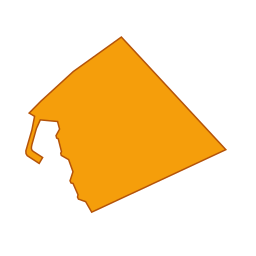 7, Ad Dawhah, Qatar, rotated 189°
{"feature_id": "91078587B12539996095468", "entity_name": "7", "entity_type": "district", "adm_level": 2, "iso_a3": "QAT", "parent_name": "Qatar", "parent_adm1": "Ad Dawhah", "projection": "natural_earth1", "projection_center": [51.551, 25.287], "detail": "fine", "context": "isolated", "style": "filled", "palette": "amber", "viewbox_px": 256, "rotation_deg": 189, "n_neighbors": 0, "source": "geoboundaries", "source_scale": "gbopen_adm2", "svg_char_len": 602}
<svg xmlns="http://www.w3.org/2000/svg" viewBox="0 0 256 256"><g transform="rotate(189 128 128)"><path d="M28.0,121.9L148.8,216.8L190.8,175.3L218.3,140.8L228.0,127.3L222.1,124.9L222.6,111.1L225.3,89.4L224.7,86.7L223.2,84.9L210.2,79.1L207.7,85.5L217.6,89.9L219.2,90.8L220.2,92.6L220.4,94.4L220.3,96.8L218.4,113.1L215.9,122.3L198.6,123.4L195.4,116.2L197.9,109.2L196.9,106.9L195.2,106.4L190.0,94.2L190.5,92.6L189.6,90.5L181.7,87.5L175.5,76.2L177.0,66.8L175.7,64.8L173.6,64.6L166.9,54.2L167.1,51.9L165.8,50.0L158.3,48.6L150.7,39.2L28.0,121.9Z" fill="#f59e0b" stroke="#b45309" stroke-width="1.5"/></g></svg>